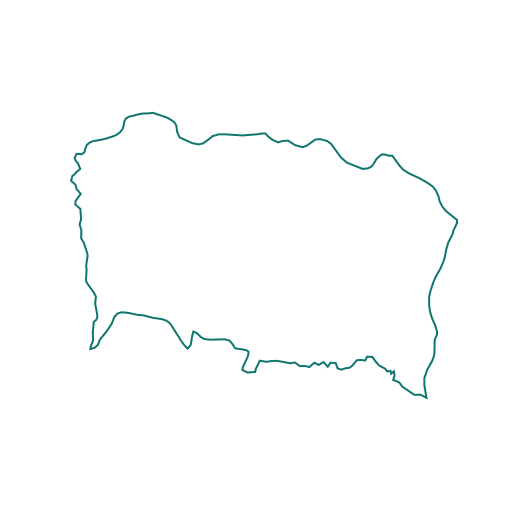 Gouvelândia, Goiás, Brazil (Natural Earth projection), rotated 284°
{"feature_id": "56859067B54351954418450", "entity_name": "Gouvelândia", "entity_type": "district", "adm_level": 2, "iso_a3": "BRA", "parent_name": "Brazil", "parent_adm1": "Goiás", "projection": "natural_earth1", "projection_center": [-50.175, -18.504], "detail": "fine", "context": "isolated", "style": "outline", "palette": "teal", "viewbox_px": 512, "rotation_deg": 284, "n_neighbors": 0, "source": "geoboundaries", "source_scale": "gbopen_adm2", "svg_char_len": 2883}
<svg xmlns="http://www.w3.org/2000/svg" viewBox="0 0 512 512"><g transform="rotate(284 256 256)"><path d="M386.3,363.9L385.4,360.6L385.7,356.8L384.8,353.2L379.4,349.5L372.9,347.5L370.0,345.7L368.0,343.2L366.3,338.3L368.6,321.5L372.3,314.4L382.8,302.0L384.8,297.3L384.9,289.7L383.2,285.3L375.4,278.6L372.9,275.1L373.0,267.1L375.7,259.3L373.8,253.4L371.6,249.9L372.7,243.8L374.7,239.3L377.2,235.5L376.0,231.3L374.5,228.0L369.7,213.7L366.6,196.7L365.1,190.6L361.7,184.7L358.5,182.5L352.4,177.4L350.3,172.9L350.1,166.8L352.6,153.1L357.3,149.5L363.5,147.0L365.9,144.5L367.7,140.2L368.9,135.2L370.0,121.4L368.3,116.9L366.7,111.2L363.8,105.3L362.0,102.3L360.6,99.2L357.9,96.5L354.7,95.7L351.4,96.0L346.8,95.8L342.6,93.8L339.1,90.6L335.9,85.8L333.6,82.0L331.9,78.7L329.9,74.5L328.2,70.4L326.1,67.4L322.9,65.0L319.7,64.5L315.1,64.4L312.6,62.3L311.7,57.2L307.5,56.3L304.9,57.9L302.7,61.0L297.9,64.4L294.2,61.6L291.7,60.5L289.3,58.5L284.3,58.3L281.5,63.6L277.5,65.7L273.9,70.9L266.2,67.7L262.3,68.1L259.2,74.2L249.1,77.4L244.1,77.2L238.5,80.4L231.0,82.0L227.3,85.6L217.6,91.8L215.1,92.6L205.7,93.5L201.9,94.9L191.8,96.8L189.3,98.1L181.5,107.2L177.9,110.5L171.0,111.4L162.1,115.5L158.3,116.9L155.3,116.4L152.9,114.5L147.1,115.4L141.9,116.2L135.4,118.2L132.4,118.2L129.0,117.6L125.7,117.8L127.9,121.6L131.5,124.1L136.1,124.6L139.6,125.8L142.1,127.1L147.5,129.6L155.2,132.3L158.0,132.7L162.5,133.3L166.7,135.5L169.0,139.5L169.9,146.0L170.3,156.2L171.2,160.7L171.1,165.7L171.1,171.1L172.0,179.9L171.6,184.7L170.4,187.8L168.3,190.6L165.5,193.6L163.3,195.8L159.4,200.0L155.0,204.5L152.0,208.2L149.6,212.0L153.6,214.1L157.9,213.9L162.5,213.4L167.5,213.5L166.8,217.5L164.0,222.1L163.0,225.4L163.3,229.0L164.0,232.9L165.5,238.3L167.6,245.6L167.5,250.9L164.5,254.9L161.4,258.1L162.4,269.3L161.1,272.1L156.7,272.4L151.5,271.4L144.9,270.1L142.1,270.4L140.9,276.0L143.3,283.3L146.1,283.1L149.3,283.8L155.3,285.0L155.9,292.0L157.8,296.3L159.4,302.0L160.2,315.2L162.1,319.4L159.8,325.1L161.2,330.3L161.1,334.5L166.6,338.5L165.5,343.2L169.4,347.2L165.9,352.4L170.5,354.2L171.4,359.2L166.7,362.4L166.4,366.4L168.5,369.6L170.2,373.8L172.8,375.9L179.2,379.0L180.5,382.7L181.0,387.2L185.2,388.2L186.2,393.4L182.9,397.1L179.5,402.1L177.8,408.8L175.8,411.2L177.1,414.3L174.5,415.7L177.4,417.6L174.0,419.3L168.9,419.1L168.1,425.4L164.5,429.8L159.6,443.3L161.2,449.1L159.6,455.7L171.4,450.6L178.2,448.9L186.9,449.6L196.3,452.2L201.7,452.9L204.4,452.7L209.1,451.7L218.2,449.6L222.9,450.6L226.4,450.1L232.5,446.3L238.0,442.0L244.1,438.3L250.1,435.9L258.8,433.8L265.1,433.8L273.1,434.4L278.8,435.3L289.0,438.1L295.9,439.2L300.6,439.5L307.4,439.0L315.6,439.3L324.3,441.4L328.3,441.4L336.2,443.0L339.6,442.4L342.8,435.3L345.5,429.6L349.0,424.8L353.7,420.8L358.3,418.5L363.0,414.7L366.1,410.7L368.2,405.5L370.9,396.2L373.2,384.4L375.5,377.6L378.5,373.3L386.3,363.9Z" fill="none" stroke="#0f766e" stroke-width="2"/></g></svg>